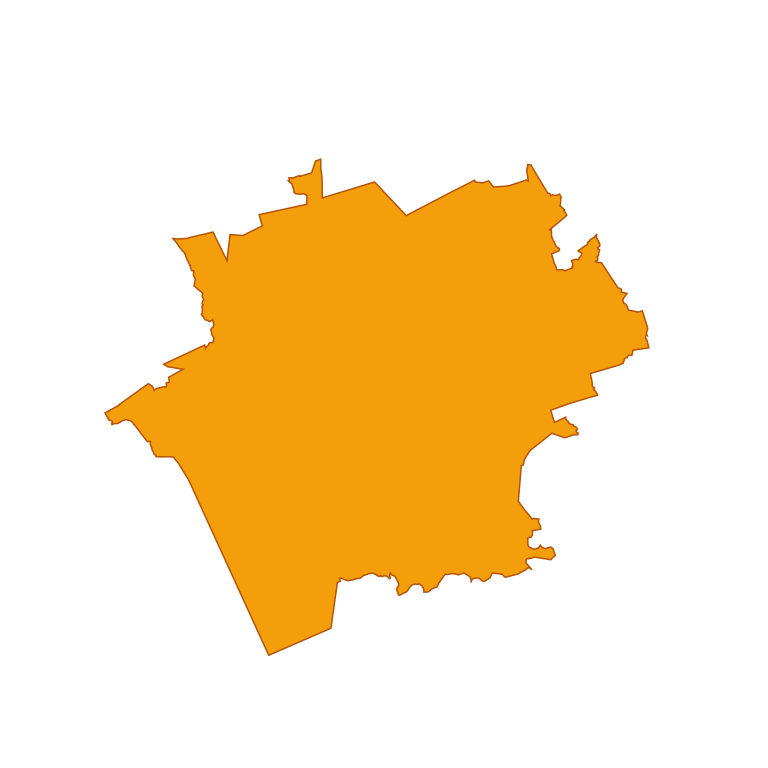 San José de Gracia, Aguascalientes, Mexico, rotated 245°
{"feature_id": "50627088B86600240710870", "entity_name": "San José de Gracia", "entity_type": "district", "adm_level": 2, "iso_a3": "MEX", "parent_name": "Mexico", "parent_adm1": "Aguascalientes", "projection": "albers", "projection_center": [-102.542, 22.143], "detail": "fine", "context": "isolated", "style": "filled", "palette": "amber", "viewbox_px": 768, "rotation_deg": 245, "n_neighbors": 0, "source": "geoboundaries", "source_scale": "gbopen_adm2", "svg_char_len": 6159}
<svg xmlns="http://www.w3.org/2000/svg" viewBox="0 0 768 768"><g transform="rotate(245 384 384)"><path d="M530.4,552.2L529.5,524.8L527.2,475.3L571.1,460.8L578.7,406.8L597.6,415.2L605.9,417.8L614.5,421.6L615.0,416.2L605.9,407.5L607.7,395.6L608.6,395.5L609.1,390.3L608.8,390.3L608.8,390.2L609.5,387.7L609.8,387.6L611.0,385.0L608.4,384.1L608.6,383.3L605.3,384.5L604.6,385.1L595.7,383.9L595.8,383.5L595.4,383.5L593.8,384.5L591.8,387.3L590.4,391.5L587.5,393.9L579.5,389.8L590.3,342.5L581.8,340.9L578.8,340.7L578.2,319.4L577.9,319.0L578.2,319.2L578.2,318.8L584.5,307.6L562.1,293.8L594.0,293.2L598.8,270.0L599.3,266.8L602.3,259.1L605.0,254.2L599.8,255.7L594.4,256.5L591.4,257.3L589.7,257.6L587.7,258.5L586.4,258.6L579.9,258.0L575.9,258.3L573.8,258.0L573.2,258.8L571.8,257.9L568.2,257.6L567.7,258.2L567.1,258.5L567.0,259.3L565.6,258.8L564.5,258.1L563.9,257.4L560.6,257.2L558.9,257.4L553.1,253.3L542.6,258.2L541.3,256.9L540.1,256.1L537.3,256.3L536.5,256.1L535.9,254.9L534.3,253.5L533.5,253.1L532.3,253.5L531.9,253.1L531.1,251.7L530.7,251.4L529.1,251.2L527.3,250.5L526.3,249.8L524.9,249.3L524.5,248.0L523.6,247.9L521.5,248.6L518.9,248.8L517.8,249.1L517.1,249.7L516.5,250.7L514.1,252.3L514.7,255.7L509.6,254.9L508.5,253.9L507.9,253.0L507.1,250.6L505.8,249.7L503.9,249.6L501.4,248.8L497.2,249.3L496.3,248.1L494.0,247.0L493.9,246.1L495.0,243.5L494.9,242.7L494.6,242.3L493.5,241.4L492.6,238.1L491.8,237.2L495.1,237.9L495.0,192.6L491.2,195.1L482.3,208.1L481.1,191.7L476.3,190.2L477.0,186.9L474.9,186.5L473.2,185.3L474.5,183.8L476.1,175.8L475.2,173.0L479.7,173.2L483.9,170.5L477.2,135.2L476.8,135.2L475.7,118.9L467.5,119.4L467.3,119.5L466.0,121.4L465.4,121.9L464.6,121.9L463.9,121.3L463.4,120.5L462.8,120.2L462.2,120.3L461.9,120.9L462.2,121.9L461.8,123.9L461.0,125.0L460.8,126.2L461.0,129.6L461.3,131.2L461.1,132.9L460.6,135.3L458.3,138.1L456.6,139.5L454.4,140.1L452.6,140.2L452.0,140.7L431.7,145.1L430.9,147.9L427.8,146.7L423.6,146.4L421.9,145.9L419.7,146.3L417.5,146.0L416.3,146.6L415.9,147.0L414.4,146.7L407.1,162.1L399.0,164.2L379.4,166.4L186.9,164.9L185.1,232.7L224.0,258.0L223.6,261.1L226.8,261.6L226.3,262.8L225.2,264.1L223.6,265.3L221.9,267.0L220.8,268.7L219.4,274.7L219.1,277.2L218.0,280.4L219.1,284.5L218.4,290.5L217.9,292.1L217.9,293.5L217.2,294.2L216.2,294.6L215.6,295.5L213.5,296.8L211.9,298.0L211.4,299.1L211.6,300.1L210.3,300.8L210.0,303.2L209.1,304.9L207.8,305.8L205.3,306.6L205.1,307.2L205.5,307.7L208.4,308.4L209.3,308.9L210.1,309.9L208.5,310.1L207.0,310.8L206.2,311.9L205.0,312.6L197.2,313.1L195.5,312.3L194.5,311.4L193.9,309.8L192.7,308.9L191.7,308.4L189.7,308.7L187.0,307.9L186.0,308.6L185.9,311.0L186.2,313.5L186.0,316.1L186.8,318.3L188.0,319.9L188.8,321.5L190.1,324.7L189.5,327.8L188.3,329.6L187.8,331.5L186.7,332.2L185.5,332.9L183.3,333.3L181.9,333.3L180.4,333.1L178.6,332.1L177.0,335.6L177.1,337.7L178.0,340.2L177.9,342.7L178.2,344.2L177.5,346.0L180.3,349.5L185.8,359.1L184.5,361.2L184.0,362.5L183.8,364.5L182.6,367.0L179.9,370.4L179.5,371.4L179.1,376.4L178.0,377.4L176.7,378.0L173.7,380.0L172.4,380.5L169.9,380.2L168.8,379.8L168.1,379.2L167.9,379.3L169.7,381.3L170.0,382.4L169.0,386.3L167.4,388.3L164.3,389.6L163.6,390.2L162.8,391.5L162.8,392.3L163.4,397.8L166.6,401.8L166.7,402.7L162.7,409.0L161.2,411.0L158.5,411.6L157.6,412.2L155.2,424.9L155.8,433.7L156.6,437.0L155.7,438.1L153.0,439.6L161.9,437.0L164.9,438.9L165.0,439.8L164.4,441.3L164.8,441.9L163.8,443.7L163.6,447.1L154.2,461.0L155.5,463.5L156.1,466.8L163.4,467.6L165.8,466.1L166.5,461.3L167.5,459.6L168.9,458.4L171.9,457.5L169.9,454.6L170.3,454.0L170.6,451.2L171.6,449.0L173.3,448.1L174.1,447.1L175.7,446.3L177.7,446.6L183.4,449.1L183.6,450.8L183.1,452.6L184.2,454.4L187.2,456.3L188.4,456.5L186.2,464.8L187.3,465.0L189.3,465.9L191.2,465.5L193.7,465.8L195.4,466.6L196.1,467.3L196.7,466.6L198.9,462.7L198.8,461.5L199.3,461.1L211.7,458.0L221.0,456.2L251.9,473.9L251.7,476.0L256.4,479.5L262.5,489.1L262.2,489.2L268.4,515.3L258.9,525.1L258.5,527.1L258.0,533.6L257.3,535.5L256.6,537.0L256.2,538.4L257.6,539.2L258.5,538.2L259.2,538.0L260.3,538.2L261.0,540.1L263.4,540.1L264.6,538.9L265.5,538.3L266.6,537.9L267.4,538.2L268.7,535.9L269.8,535.2L271.9,535.2L273.6,534.2L275.6,534.0L277.1,534.7L277.1,522.2L289.8,524.0L288.0,543.4L285.0,564.5L283.5,572.7L285.2,573.0L288.8,572.5L289.9,571.7L290.8,571.8L291.1,573.0L292.2,573.1L292.8,572.2L294.4,572.0L296.6,573.1L306.3,575.5L301.8,605.0L301.8,609.7L302.7,609.8L303.1,610.9L305.0,612.7L305.6,614.6L305.1,615.5L305.9,616.1L306.4,617.1L306.7,618.3L305.1,620.6L308.0,623.1L309.4,623.9L304.8,639.3L312.8,640.9L314.6,640.5L315.6,640.4L316.7,641.5L317.1,642.3L317.2,642.5L316.6,643.0L317.9,643.1L318.6,642.9L322.6,646.2L322.7,646.5L341.1,649.1L341.8,644.7L347.7,636.7L350.0,636.9L351.0,637.4L352.1,637.0L353.1,637.0L354.4,636.7L356.0,635.5L357.4,635.5L359.1,636.1L360.0,636.7L360.9,638.1L361.4,639.2L363.4,642.5L365.7,639.5L367.0,638.1L368.2,638.7L369.6,639.1L371.2,638.0L372.2,636.7L402.0,632.3L405.1,627.6L405.8,627.6L406.0,629.9L407.5,630.9L409.4,631.1L409.5,632.1L410.0,632.8L412.1,634.1L413.2,634.9L414.3,636.1L416.1,635.1L417.3,635.3L417.8,637.9L420.4,638.9L422.0,638.7L422.9,639.0L423.4,638.6L424.6,638.5L425.1,638.8L425.8,638.5L427.1,638.3L427.7,639.0L428.8,639.5L429.9,640.4L428.1,636.5L427.7,632.0L426.6,630.4L426.8,629.7L426.3,628.7L425.2,627.9L424.4,626.6L424.0,623.1L423.5,621.1L423.5,620.2L423.0,618.8L423.0,617.4L422.5,616.0L419.9,617.9L419.1,618.3L418.5,618.2L417.3,617.2L415.8,614.4L414.5,612.7L415.9,610.7L416.4,608.7L416.4,607.3L416.7,606.3L416.1,605.8L413.9,606.0L411.2,605.0L411.0,604.1L409.4,604.1L409.8,601.9L410.2,595.5L411.0,595.1L412.1,594.2L414.3,588.8L417.4,589.4L422.2,589.4L431.2,590.9L430.7,598.8L431.6,600.0L433.1,600.0L434.0,599.1L436.8,598.0L437.7,598.3L439.3,598.2L440.6,598.5L442.5,598.1L446.7,598.2L453.4,601.0L453.6,598.6L458.5,617.3L459.7,621.0L465.6,620.5L465.9,621.1L470.2,619.3L470.6,618.8L478.9,623.6L481.9,623.3L482.1,620.0L483.4,617.4L484.2,616.8L484.2,614.7L486.6,614.7L488.0,613.0L509.7,610.7L519.6,609.8L520.1,610.1L522.2,606.9L521.3,606.7L517.3,603.6L507.0,600.6L508.6,599.6L510.9,580.6L516.2,566.5L523.9,564.7L524.6,558.4L528.4,552.3L530.4,552.2Z" fill="#f59e0b" stroke="#b45309" stroke-width="1.5"/></g></svg>